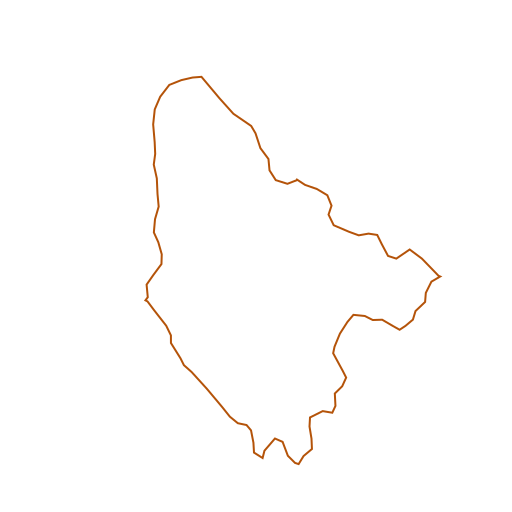 the district of Uppvidinge, Kronoberg, Sweden, rotated 230°
{"feature_id": "70781695B81795147571937", "entity_name": "Uppvidinge", "entity_type": "district", "adm_level": 2, "iso_a3": "SWE", "parent_name": "Sweden", "parent_adm1": "Kronoberg", "projection": "robinson", "projection_center": [15.412, 57.055], "detail": "fine", "context": "isolated", "style": "outline", "palette": "amber", "viewbox_px": 512, "rotation_deg": 230, "n_neighbors": 0, "source": "geoboundaries", "source_scale": "gbopen_adm2", "svg_char_len": 1401}
<svg xmlns="http://www.w3.org/2000/svg" viewBox="0 0 512 512"><g transform="rotate(230 256 256)"><path d="M390.9,236.0L379.2,229.9L366.8,220.4L356.4,213.2L349.1,202.3L339.7,192.9L329.3,190.0L317.9,184.9L310.6,178.4L307.5,165.4L304.4,153.8L294.0,146.6L293.1,142.8L291.0,143.7L280.0,143.1L260.3,142.4L249.9,139.8L244.0,134.9L226.2,132.4L218.7,130.6L208.6,132.1L185.8,133.0L162.1,133.0L149.7,132.7L139.6,134.6L132.6,140.1L125.6,140.1L114.6,134.0L106.7,128.1L97.0,131.2L101.4,137.3L104.0,153.2L96.5,156.9L82.5,152.0L72.4,152.9L69.2,154.9L72.2,163.9L72.2,174.8L80.4,181.1L91.0,187.4L97.6,193.6L94.3,207.4L86.9,213.7L90.1,220.5L100.0,228.0L100.8,238.3L104.9,246.9L112.2,248.6L131.9,252.6L136.0,257.8L142.6,270.4L146.7,283.6L148.3,292.8L140.1,300.8L131.9,304.3L126.1,311.7L114.6,315.8L107.2,318.6L106.4,325.5L106.4,335.3L111.3,342.8L112.1,356.0L118.6,362.4L123.6,373.9L121.9,383.9L123.5,383.1L147.4,381.4L162.2,377.9L163.8,361.8L171.2,357.2L184.4,360.0L194.2,362.4L200.8,356.6L205.8,348.0L214.8,342.8L229.6,335.3L241.1,338.2L246.0,346.2L256.7,349.7L268.2,345.7L278.9,339.3L288.2,336.5L287.9,335.9L291.1,326.5L301.4,319.9L312.9,321.4L322.3,327.9L335.8,328.7L350.3,334.5L358.7,335.9L379.5,330.1L400.2,329.4L412.7,329.4L428.3,329.4L433.5,322.1L438.7,311.9L442.8,299.6L439.6,285.0L433.4,272.7L422.9,261.8L408.4,251.6L399.0,244.4L391.7,236.4L390.9,236.0Z" fill="none" stroke="#b45309" stroke-width="2"/></g></svg>